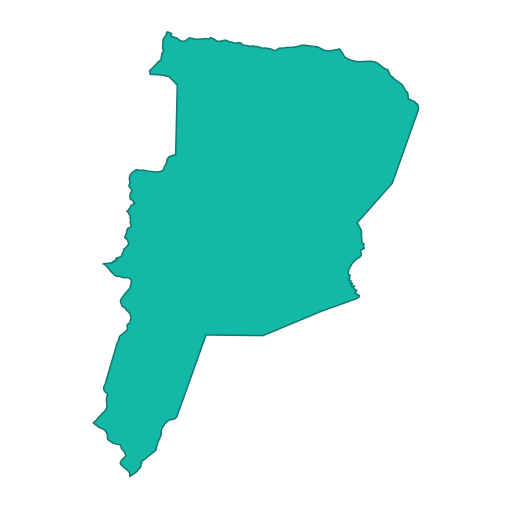 the district of Yorito, Yoro, Honduras, rotated 91°
{"feature_id": "27666195B19722524554409", "entity_name": "Yorito", "entity_type": "district", "adm_level": 2, "iso_a3": "HND", "parent_name": "Honduras", "parent_adm1": "Yoro", "projection": "equal_earth", "projection_center": [-87.306, 15.078], "detail": "fine", "context": "isolated", "style": "filled", "palette": "teal", "viewbox_px": 512, "rotation_deg": 91, "n_neighbors": 0, "source": "geoboundaries", "source_scale": "gbopen_adm2", "svg_char_len": 5983}
<svg xmlns="http://www.w3.org/2000/svg" viewBox="0 0 512 512"><g transform="rotate(91 256 256)"><path d="M478.5,378.2L476.0,374.4L474.2,372.1L473.3,371.1L470.4,368.8L469.7,368.0L469.3,367.8L468.1,367.5L463.9,366.7L463.0,366.2L461.4,364.2L460.1,362.2L459.4,361.7L458.9,361.2L453.1,353.9L452.0,352.9L450.9,352.4L448.2,352.0L444.2,350.9L436.8,347.8L430.8,347.5L424.9,343.9L423.8,342.8L421.6,340.0L420.3,334.6L419.1,333.2L418.2,332.4L335.8,304.6L335.5,247.7L309.7,188.7L297.0,155.1L295.2,152.3L294.8,151.9L294.2,151.8L293.7,152.1L293.2,152.9L292.7,154.4L292.3,154.9L291.7,155.0L291.3,155.9L290.8,156.6L288.9,154.8L288.6,154.7L288.3,154.9L288.1,155.8L287.5,156.8L286.4,158.0L286.0,158.0L284.7,157.1L284.4,157.1L284.2,157.7L284.8,159.7L284.4,160.1L283.7,160.1L282.1,159.0L281.2,160.0L281.1,160.4L281.3,160.8L281.2,161.0L280.9,161.0L279.7,160.7L279.1,160.8L278.7,161.1L278.5,161.3L278.5,162.8L278.4,163.0L277.8,162.9L276.3,161.9L275.6,162.0L274.9,162.4L274.7,162.4L273.9,161.6L273.5,161.7L273.2,162.0L273.0,162.9L272.7,163.3L271.7,163.6L268.2,163.1L262.2,159.9L260.3,158.6L258.9,157.2L257.1,155.0L254.9,151.8L254.3,151.3L253.5,150.8L252.7,150.7L250.0,151.4L249.2,151.5L248.6,151.3L247.8,150.7L246.9,148.4L246.6,148.0L246.3,147.9L245.6,148.1L244.7,148.8L242.1,148.3L240.7,150.5L238.1,150.3L235.9,150.9L231.0,150.9L228.6,151.2L227.0,151.9L225.0,153.1L223.3,153.9L222.3,154.8L221.5,155.8L180.8,121.0L107.3,96.3L104.7,96.2L103.1,96.5L102.2,97.3L101.6,96.9L100.0,99.3L98.9,99.9L96.8,105.2L96.2,106.3L95.5,106.5L91.8,106.9L90.2,107.3L89.2,108.0L88.5,109.1L83.1,112.2L82.3,112.9L81.2,114.1L77.6,119.4L76.0,121.4L74.7,122.6L74.0,123.8L73.2,124.7L72.5,125.3L70.4,126.1L67.5,127.5L67.1,128.9L65.8,131.5L64.4,133.6L61.6,137.0L60.5,138.8L59.7,141.8L59.4,143.4L59.3,145.7L59.9,156.2L59.9,157.8L59.5,160.3L58.7,164.0L57.6,167.0L56.4,169.5L55.4,170.9L51.4,173.1L48.7,175.3L47.7,175.8L47.5,176.2L47.5,176.6L48.0,177.5L48.4,179.9L49.1,182.7L49.5,186.5L49.5,190.0L49.2,191.2L46.2,197.2L45.9,198.1L45.5,200.6L45.3,204.4L44.6,209.3L44.4,213.8L45.0,215.8L45.8,217.4L46.2,220.4L46.6,222.2L46.8,223.8L47.0,229.2L47.6,232.0L47.8,236.5L48.3,237.4L50.1,239.6L50.4,240.5L49.9,242.0L48.8,244.6L48.4,246.3L48.3,247.9L47.9,249.4L47.9,250.3L48.1,251.8L48.1,253.0L47.9,254.2L47.1,256.0L46.7,257.7L46.6,260.0L46.0,263.4L46.0,264.0L46.5,265.7L46.5,266.7L46.4,267.0L46.1,267.2L46.0,267.5L45.6,271.8L45.2,272.8L43.7,274.4L43.2,275.2L43.0,275.8L42.9,276.6L43.3,277.7L43.3,279.2L43.6,281.0L43.1,282.5L42.5,284.0L42.5,285.3L42.3,286.2L41.0,289.3L40.7,290.6L40.8,291.5L41.7,294.5L42.0,296.9L42.0,298.3L41.6,299.2L40.6,300.6L38.8,303.9L38.5,304.8L38.8,305.7L39.5,306.5L39.8,307.4L39.8,308.4L39.5,310.1L39.5,311.3L39.6,311.8L40.0,312.5L40.1,313.3L40.1,317.8L40.5,318.9L40.1,321.2L39.3,324.5L39.1,326.3L39.3,326.7L42.2,330.6L42.6,331.9L42.6,333.2L42.2,334.7L41.5,336.3L41.0,337.1L39.9,338.2L39.2,339.6L38.3,343.1L37.8,344.8L37.6,345.1L37.2,345.2L36.6,344.6L36.1,344.4L35.6,344.2L35.1,344.4L34.1,346.2L33.5,348.2L33.6,348.8L34.0,349.2L34.8,349.5L36.8,349.7L37.4,350.1L38.1,350.8L39.5,351.6L40.6,352.4L41.8,352.7L43.4,352.7L49.6,353.0L51.0,352.7L52.1,351.9L54.2,353.1L55.3,353.5L58.7,354.2L61.1,354.3L61.9,354.9L63.7,357.4L66.2,359.3L68.0,361.1L69.3,362.1L70.1,363.2L71.4,364.3L72.6,365.6L73.2,365.6L75.0,364.9L76.1,365.0L76.7,353.4L78.2,346.1L86.5,337.7L156.1,338.1L156.4,339.4L157.8,343.6L158.4,344.6L159.0,345.3L161.1,346.6L164.4,347.1L166.1,347.9L168.4,349.2L170.1,349.8L171.4,349.9L171.8,350.2L172.4,351.1L173.2,353.4L173.8,357.1L173.0,365.6L172.1,370.2L172.1,370.8L172.3,372.3L172.4,374.0L172.3,374.8L171.8,375.8L171.8,376.9L172.2,377.9L173.2,379.3L175.2,381.7L176.9,383.0L178.4,383.7L180.4,384.0L183.2,383.7L185.2,383.2L187.2,384.2L188.0,384.3L189.3,383.7L191.3,381.9L192.8,381.5L194.2,381.8L195.4,382.7L195.8,382.8L198.0,383.1L199.7,383.1L200.1,383.0L200.9,382.5L201.7,382.6L202.3,380.6L202.5,380.1L202.8,379.9L204.7,379.2L204.9,378.2L205.2,378.1L205.9,378.4L207.1,381.0L207.9,382.0L210.4,383.0L211.1,383.8L212.0,384.1L213.5,385.8L214.9,384.4L215.8,384.1L216.8,383.5L217.2,382.8L217.4,382.6L220.8,382.5L222.3,381.9L223.0,382.0L224.0,382.4L224.8,382.4L228.2,381.3L228.6,381.4L229.2,381.8L230.7,384.5L231.4,385.2L235.4,386.0L239.2,387.5L239.9,387.5L240.4,387.2L240.8,386.7L241.2,385.5L241.7,385.1L244.5,383.9L246.9,383.7L247.5,384.1L248.1,385.0L249.5,385.9L250.5,387.1L251.3,388.2L253.6,388.4L255.2,389.5L256.5,390.0L257.7,390.2L258.5,390.6L259.2,391.8L260.0,393.6L260.4,395.2L260.9,396.0L261.2,396.1L261.5,395.9L261.7,395.6L261.7,395.2L261.9,395.0L262.1,395.0L262.4,395.2L263.2,397.1L263.6,398.6L263.8,398.6L264.0,398.3L264.3,398.1L264.5,398.1L264.7,398.4L266.0,403.9L266.2,407.7L266.4,408.5L266.5,408.6L266.9,407.6L268.7,405.3L271.2,403.3L272.4,401.9L273.7,401.3L275.1,399.6L277.2,397.5L278.2,396.2L278.5,395.4L278.8,394.1L278.7,391.8L279.5,389.9L280.0,388.0L279.8,384.9L279.9,383.5L280.2,382.6L280.8,381.7L281.7,380.8L282.4,380.4L283.2,380.1L284.1,380.1L290.0,381.5L291.3,382.3L295.9,386.2L299.5,388.8L302.0,390.4L303.6,390.8L304.9,390.5L308.5,388.9L309.4,387.7L310.2,386.0L311.8,385.1L315.5,381.3L318.3,380.2L320.4,380.0L324.7,381.0L325.6,381.9L326.6,383.2L327.5,383.7L328.3,383.8L330.4,383.2L331.4,383.0L331.7,383.1L335.4,387.0L338.2,390.5L339.1,391.2L343.4,392.2L343.9,392.4L344.5,393.0L345.0,393.2L387.2,404.7L388.5,405.5L389.9,406.0L391.8,405.9L393.1,405.5L394.8,404.2L395.9,402.5L397.0,402.0L398.0,402.1L400.5,403.0L401.2,403.1L404.7,402.9L406.5,402.5L410.4,402.6L414.1,404.7L415.3,406.2L417.3,407.8L420.4,410.9L422.4,412.4L424.3,414.1L425.6,415.8L427.4,413.7L428.6,411.6L430.0,410.0L431.9,405.5L432.5,404.6L433.4,403.6L434.8,402.6L436.6,401.7L438.0,401.3L441.1,401.5L441.7,401.2L442.4,400.5L444.9,397.0L445.5,395.8L446.2,393.4L447.0,389.4L447.3,388.4L447.6,388.0L450.8,387.2L454.3,384.2L456.8,382.9L457.9,382.7L458.5,382.8L459.0,383.2L462.3,386.8L464.8,388.0L465.8,388.0L466.7,387.5L468.2,386.2L472.6,380.6L474.5,378.9L475.2,378.5L477.8,378.4L478.5,378.2Z" fill="#14b8a6" stroke="#0f766e" stroke-width="1.5"/></g></svg>